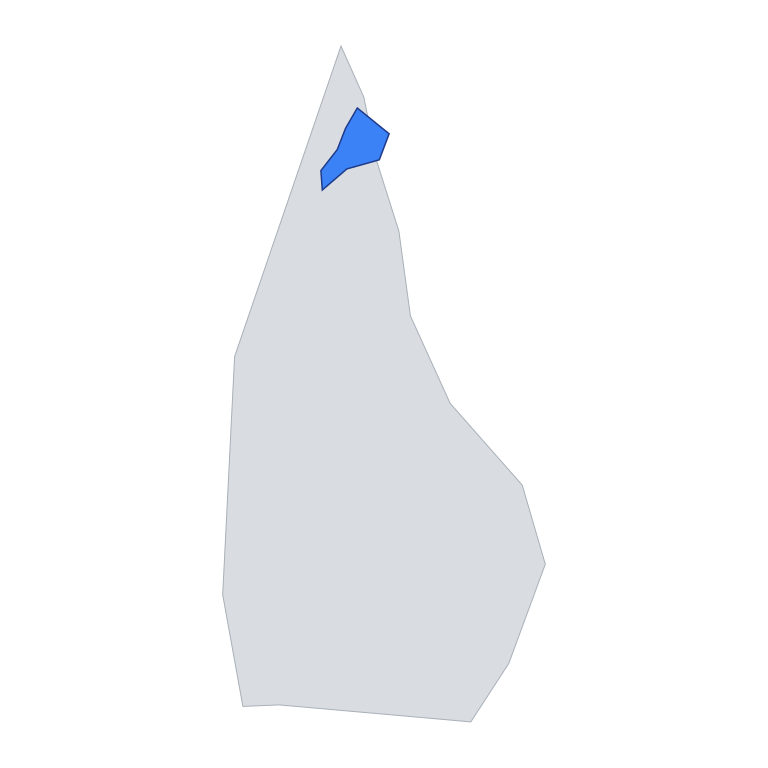 where Schellenberg sits in Liechtenstein
{"feature_id": "LIE-4899", "entity_name": "Schellenberg", "entity_type": "state/province", "adm_level": 1, "iso_a3": "LIE", "parent_name": "Liechtenstein", "parent_adm1": "", "projection": "equal_earth", "projection_center": [9.531, 47.238], "detail": "fine", "context": "in_parent", "style": "filled", "palette": "blue", "viewbox_px": 768, "rotation_deg": 0, "n_neighbors": 0, "source": "natural_earth", "source_scale": "10m", "svg_char_len": 480}
<svg xmlns="http://www.w3.org/2000/svg" viewBox="0 0 768 768"><path d="M470.8,721.9L279.0,704.9L242.9,706.4L222.7,594.7L234.6,356.6L341.0,46.1L363.8,97.1L377.0,162.0L398.9,231.2L410.4,315.9L450.1,403.3L522.2,485.1L545.3,564.2L508.8,663.4L470.8,721.9Z" fill="#d9dde1" stroke="#a8b0b8" stroke-width="1"/><path d="M357.3,108.0L389.1,133.8L379.3,159.8L346.9,168.9L322.3,190.0L320.9,170.6L337.3,149.5L345.5,128.4L357.3,108.0Z" fill="#3b82f6" stroke="#1e3a8a" stroke-width="1.5"/></svg>